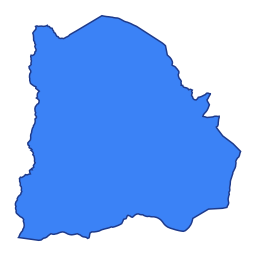 Baringo North, Rift Valley, Kenya
{"feature_id": "3690345B96976797039875", "entity_name": "Baringo North", "entity_type": "district", "adm_level": 2, "iso_a3": "KEN", "parent_name": "Kenya", "parent_adm1": "Rift Valley", "projection": "mercator", "projection_center": [35.764, 0.769], "detail": "fine", "context": "isolated", "style": "filled", "palette": "blue", "viewbox_px": 256, "rotation_deg": 0, "n_neighbors": 0, "source": "geoboundaries", "source_scale": "gbopen_adm2", "svg_char_len": 5605}
<svg xmlns="http://www.w3.org/2000/svg" viewBox="0 0 256 256"><path d="M139.9,214.5L141.0,214.7L142.7,214.7L144.2,215.6L145.9,216.2L147.2,216.5L149.2,216.3L150.9,216.7L152.2,216.8L154.0,216.8L155.3,217.1L156.1,217.3L156.8,217.5L157.6,217.8L158.3,218.2L159.2,218.7L159.5,218.9L160.7,219.8L161.9,221.1L162.8,222.2L163.9,223.8L165.4,225.4L167.6,227.0L170.4,228.2L172.7,228.9L176.0,229.9L178.9,230.6L180.9,231.0L183.3,231.3L185.0,230.8L186.5,229.7L188.9,227.4L190.8,224.6L191.7,222.6L192.3,220.6L192.8,218.4L208.5,209.1L222.5,208.3L226.9,207.4L227.5,205.8L228.3,204.5L228.7,202.9L228.3,200.9L228.1,198.9L228.4,197.5L228.7,195.9L229.3,194.4L229.0,193.1L229.0,192.1L229.7,190.9L229.8,189.3L229.6,188.0L229.8,186.6L230.2,184.5L230.3,182.7L230.4,181.2L230.8,179.6L231.3,178.2L231.8,176.6L232.3,175.0L232.8,173.6L232.8,172.5L233.7,170.8L234.3,169.5L235.1,167.9L235.6,166.3L235.7,165.0L236.0,162.9L235.7,161.4L236.5,159.6L237.6,157.9L238.7,157.0L239.4,155.5L240.0,153.0L240.6,151.4L233.1,143.8L222.7,135.9L216.8,128.1L216.3,127.0L217.7,126.0L218.2,124.4L218.2,122.9L218.4,121.4L218.6,119.4L219.1,117.6L219.2,116.3L217.7,116.4L216.2,116.2L214.5,116.3L212.9,116.9L211.1,117.1L209.0,117.3L207.0,117.5L205.0,116.8L202.9,116.4L203.4,114.7L204.9,112.9L206.1,111.6L207.1,110.2L208.1,108.2L208.7,106.6L209.4,104.8L208.5,103.1L207.5,101.4L207.0,99.9L208.0,98.5L208.7,97.0L209.5,95.6L210.3,94.2L210.3,93.7L209.1,93.6L208.0,93.1L206.7,93.2L206.1,93.7L205.5,94.5L204.0,95.2L202.1,96.2L200.9,96.7L199.6,97.1L198.3,97.3L197.5,98.7L196.0,100.0L194.2,99.6L193.0,98.5L192.6,97.0L191.6,95.5L191.8,94.1L192.3,92.7L191.6,91.4L192.3,90.1L190.6,89.3L188.5,89.7L187.9,88.5L186.2,87.8L184.0,87.3L183.1,86.6L182.7,85.4L181.2,85.3L181.3,84.1L181.0,82.9L181.2,81.6L181.2,81.1L180.9,80.6L180.3,79.5L179.3,78.5L178.7,77.0L178.5,76.5L178.2,74.6L178.9,72.9L178.8,71.3L177.9,70.3L177.4,69.3L176.5,68.5L175.6,67.2L174.5,66.4L173.2,65.8L172.6,65.5L172.2,65.3L172.1,64.2L172.5,63.0L172.3,61.5L171.4,59.4L170.1,57.6L168.6,56.2L167.3,55.0L165.5,45.8L164.5,44.8L163.3,43.8L162.8,43.4L162.0,42.8L136.6,26.4L133.5,25.0L130.8,23.6L127.6,22.3L125.7,21.8L124.1,21.2L121.8,19.9L119.1,18.5L117.4,18.0L115.5,17.9L113.7,17.6L112.6,17.3L110.9,17.1L109.6,16.9L108.9,16.8L108.2,16.7L106.9,16.6L105.5,16.4L103.7,16.1L101.9,15.7L76.4,30.9L71.3,33.8L69.8,34.7L68.7,35.9L67.9,36.4L67.4,36.7L66.3,37.1L65.0,37.9L63.6,38.6L62.1,38.3L61.5,38.3L60.9,38.5L59.7,38.3L58.8,37.8L58.1,36.7L56.7,36.2L55.8,34.5L55.2,33.2L54.0,32.5L53.6,31.1L52.7,29.9L52.2,28.3L50.3,27.9L49.4,26.6L48.0,26.5L47.4,25.3L45.3,26.2L43.3,26.4L41.6,26.1L40.0,26.2L38.1,26.4L37.0,25.9L36.5,26.0L35.5,26.4L36.1,27.5L35.8,29.3L34.8,30.4L33.9,31.5L32.8,33.1L33.4,35.1L33.5,36.6L33.6,38.0L33.6,38.5L33.6,39.7L33.7,40.5L34.6,41.9L34.8,43.5L35.6,44.7L34.8,46.3L35.4,48.0L36.1,49.5L35.9,51.0L35.5,51.3L34.9,52.0L34.8,53.5L33.8,54.8L32.5,55.5L31.1,55.2L30.7,56.5L31.1,58.2L31.0,59.6L31.4,60.5L31.3,61.8L30.9,63.1L31.2,64.4L30.3,65.5L29.0,66.6L29.2,67.9L29.3,68.5L29.6,69.0L30.3,70.0L30.8,71.0L30.8,71.5L30.7,72.4L30.5,72.8L30.1,73.2L29.7,74.5L29.5,76.1L29.5,77.4L29.8,78.8L29.7,80.2L29.9,81.0L30.2,82.1L30.5,83.3L31.4,84.1L32.6,85.0L34.2,86.1L35.9,86.7L35.8,88.4L37.3,89.5L38.3,90.4L39.3,91.2L38.2,92.4L37.5,93.5L37.2,95.1L37.4,97.1L36.4,98.0L37.9,99.0L39.2,100.5L39.0,102.2L38.5,103.5L37.2,104.3L36.2,105.6L35.3,106.9L34.9,108.8L35.1,111.2L35.7,112.7L35.1,114.3L35.4,115.4L36.4,116.4L36.4,117.7L35.0,119.0L35.1,119.7L35.2,121.3L34.9,123.1L34.3,124.5L33.5,125.5L33.3,127.0L32.5,128.1L32.0,129.9L31.7,131.2L31.6,132.6L31.2,133.4L30.7,134.9L30.6,136.2L30.7,137.0L30.7,137.5L30.6,138.8L30.4,139.9L29.8,140.7L28.7,141.9L27.8,143.0L28.0,144.9L29.3,145.9L29.1,147.6L29.4,147.9L30.0,148.2L31.1,148.6L32.0,149.7L30.9,150.2L31.5,150.7L32.0,151.3L32.6,151.8L33.0,152.3L33.4,153.4L32.8,154.7L34.0,156.0L34.3,157.4L34.6,159.1L34.5,160.7L34.6,162.0L35.2,162.7L34.4,164.0L33.4,165.5L33.7,167.4L32.5,168.1L31.6,168.6L32.1,169.7L30.5,169.6L29.5,170.5L29.7,172.2L30.4,173.9L28.9,174.2L27.2,174.9L25.4,174.6L24.6,175.7L23.3,176.6L21.8,177.5L20.4,177.2L19.8,178.2L19.4,178.7L19.6,179.5L19.7,179.9L19.6,181.2L20.3,183.0L20.3,184.4L20.2,185.6L21.2,186.5L21.5,188.2L21.3,190.2L21.8,191.6L21.1,192.8L20.6,194.5L19.0,195.8L18.1,196.9L17.2,198.6L17.4,199.9L16.7,200.9L15.9,202.0L15.4,203.7L15.4,205.1L16.0,206.4L15.6,207.5L15.6,208.9L15.9,209.5L16.1,210.1L16.2,210.8L16.2,211.4L16.0,211.8L16.4,213.1L17.6,214.3L19.1,215.6L20.2,216.6L21.3,217.2L21.8,217.4L22.6,218.1L23.2,218.8L23.7,219.4L23.3,221.0L23.5,221.8L23.9,222.9L24.1,224.5L24.2,225.0L24.2,225.6L23.9,227.5L22.9,229.3L22.6,230.7L21.4,232.0L20.7,233.1L20.4,233.5L20.1,234.0L19.6,235.2L19.4,235.6L19.0,236.8L18.5,237.5L38.7,240.3L41.1,240.0L42.2,239.2L43.3,238.3L45.4,237.8L46.9,237.0L47.9,236.0L49.3,234.9L50.9,233.7L52.7,234.2L53.8,234.3L54.5,234.2L55.2,234.0L55.8,233.9L57.2,233.6L59.3,232.7L60.5,232.3L62.5,231.9L64.2,232.2L65.8,232.9L67.9,234.0L69.5,234.5L71.2,234.8L72.7,234.7L74.4,234.4L76.2,234.0L77.3,233.7L78.5,234.3L80.3,235.0L81.5,236.0L83.1,236.8L84.7,237.0L86.4,237.4L87.6,238.4L89.0,237.8L89.2,237.2L89.3,236.8L89.5,235.9L89.6,234.8L90.1,233.0L91.7,231.9L94.2,231.9L95.6,231.7L96.4,231.6L97.4,231.4L97.8,231.3L99.1,231.0L100.6,230.3L101.2,230.0L102.2,229.6L103.4,229.3L104.3,229.0L106.3,228.5L107.6,228.2L109.1,227.8L111.3,226.9L112.7,227.2L115.0,226.6L118.2,225.4L119.9,224.6L121.7,223.6L122.7,221.5L123.6,219.3L126.1,218.6L126.6,217.5L127.2,215.9L128.0,215.3L128.8,215.6L130.0,216.0L131.3,217.0L132.5,217.2L133.5,216.4L134.4,215.5L135.6,214.6L136.1,214.4L137.0,214.0L138.6,213.9L139.2,214.2L139.9,214.5Z" fill="#3b82f6" stroke="#1e3a8a" stroke-width="1.5"/></svg>